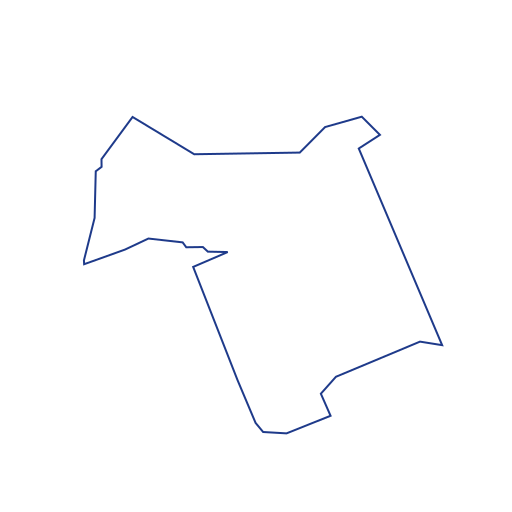 Los Alamos, New Mexico, United States of America, rotated 157°
{"feature_id": "52423323B125057761127", "entity_name": "Los Alamos", "entity_type": "district", "adm_level": 2, "iso_a3": "USA", "parent_name": "United States of America", "parent_adm1": "New Mexico", "projection": "albers", "projection_center": [-106.278, 35.865], "detail": "fine", "context": "isolated", "style": "outline", "palette": "blue", "viewbox_px": 512, "rotation_deg": 157, "n_neighbors": 0, "source": "geoboundaries", "source_scale": "gbopen_adm2", "svg_char_len": 534}
<svg xmlns="http://www.w3.org/2000/svg" viewBox="0 0 512 512"><g transform="rotate(157 256 256)"><path d="M318.1,270.5L321.5,148.9L321.6,102.5L318.2,91.2L297.2,80.8L249.8,79.8L250.1,103.9L229.6,113.6L138.5,113.1L119.5,101.2L119.4,314.8L94.6,319.1L104.2,342.9L142.0,347.7L175.3,334.1L273.1,373.8L315.3,432.2L360.4,405.5L363.3,398.4L370.4,396.6L389.7,354.1L416.1,319.2L417.4,315.6L374.1,313.1L348.2,314.1L318.2,297.2L316.8,291.3L301.4,285.0L298.6,278.8L280.5,270.7L318.1,270.5Z" fill="none" stroke="#1e3a8a" stroke-width="2"/></g></svg>